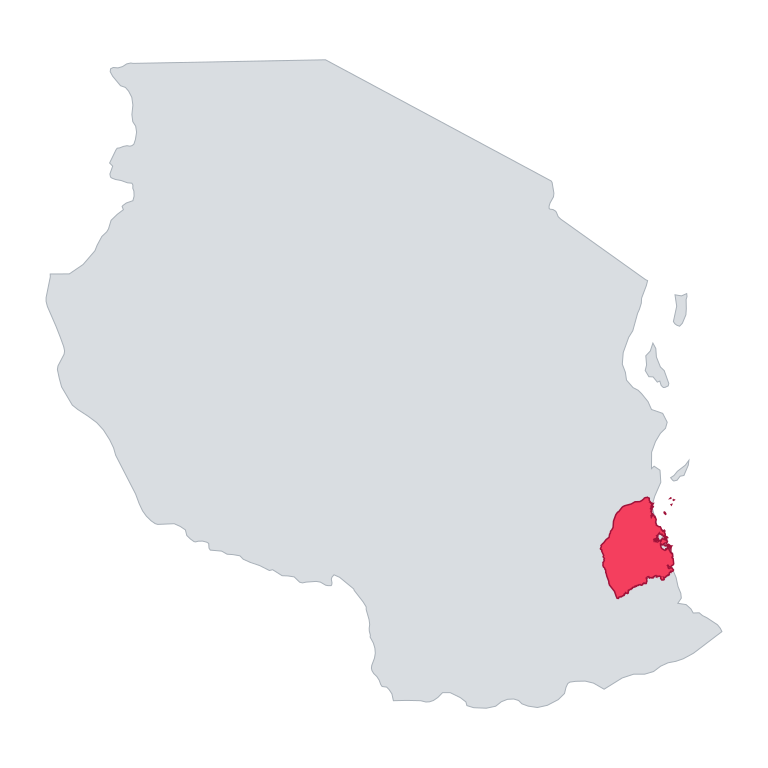 Kilwa, Lindi, United Republic of Tanzania (highlighted)
{"feature_id": "72390352B7880721655308", "entity_name": "Kilwa", "entity_type": "district", "adm_level": 2, "iso_a3": "TZA", "parent_name": "United Republic of Tanzania", "parent_adm1": "Lindi", "projection": "albers", "projection_center": [39.276, -9.089], "detail": "fine", "context": "in_parent", "style": "filled", "palette": "rose", "viewbox_px": 768, "rotation_deg": 0, "n_neighbors": 0, "source": "geoboundaries", "source_scale": "gbopen_adm2", "svg_char_len": 9731}
<svg xmlns="http://www.w3.org/2000/svg" viewBox="0 0 768 768"><path d="M269.4,570.5L259.5,565.5L250.5,562.5L243.2,559.2L239.9,555.8L233.0,554.6L227.1,554.2L221.6,551.1L210.3,550.1L209.0,548.1L208.7,543.4L206.8,542.2L202.6,541.1L198.2,541.2L195.6,541.9L194.0,541.6L190.3,538.9L186.8,535.5L185.4,529.9L180.2,526.4L174.2,523.7L157.7,524.4L155.1,523.6L151.1,520.8L146.4,516.2L142.6,510.9L139.2,503.7L135.6,494.0L115.7,455.3L113.6,447.9L109.7,439.8L103.4,429.9L96.7,422.6L87.8,416.0L77.8,409.5L72.3,405.1L61.6,386.9L59.3,378.4L57.4,369.5L58.0,365.9L64.1,354.2L64.6,350.9L63.7,346.6L60.4,337.5L56.1,326.5L47.4,306.5L46.1,301.4L46.1,297.6L50.3,276.9L50.2,274.0L69.3,273.9L83.1,264.5L94.9,250.8L97.2,245.1L101.9,236.4L106.7,231.9L108.5,228.9L111.1,220.3L117.3,214.3L123.4,209.7L122.1,206.5L123.0,205.4L126.3,203.0L132.9,200.7L134.1,196.2L133.9,191.1L132.8,188.3L132.9,185.0L131.9,183.2L127.5,182.8L121.1,180.5L115.6,179.5L111.9,178.1L110.5,177.0L109.9,174.0L112.7,166.1L109.6,163.0L116.0,149.8L117.2,148.2L119.6,147.9L123.4,146.4L127.0,145.7L129.9,146.2L132.1,145.6L133.9,144.1L135.4,139.6L136.6,132.2L135.7,126.2L132.8,121.7L131.9,114.6L132.9,105.1L131.8,97.3L128.6,91.1L125.4,87.4L120.5,85.7L112.7,76.3L110.2,71.7L110.6,68.8L113.2,67.5L118.0,67.9L122.5,66.6L126.7,63.9L130.8,63.0L133.0,63.4L325.5,59.8L551.2,181.0L552.1,182.5L553.9,193.2L553.5,196.8L550.1,202.9L549.1,206.1L549.1,208.4L550.0,209.2L552.9,209.5L555.4,211.0L556.3,212.1L558.2,216.7L560.7,219.1L645.6,279.7L647.6,280.6L646.3,285.7L641.6,298.1L641.3,303.2L639.4,309.3L637.6,313.3L632.8,330.7L628.7,337.3L623.2,352.6L622.3,364.2L625.4,372.4L626.5,380.1L633.0,387.6L638.2,390.3L641.7,393.8L648.0,401.6L651.5,409.5L662.7,413.4L667.2,422.2L665.5,428.3L660.4,433.3L655.5,441.5L651.6,452.2L651.5,468.6L654.1,466.2L660.0,470.2L660.8,482.3L654.7,496.3L652.8,502.9L652.5,508.6L656.9,525.4L663.6,534.0L663.1,536.7L661.4,538.9L672.8,554.1L671.8,567.3L676.1,577.6L678.0,586.5L680.8,593.3L681.3,598.1L677.8,603.3L686.1,604.6L690.9,608.9L693.2,613.0L699.2,612.8L702.5,615.6L707.1,617.9L717.5,624.8L720.3,628.3L721.9,631.6L693.5,653.2L683.2,658.8L675.9,661.3L668.0,662.8L660.6,666.2L653.6,671.5L644.6,674.2L633.6,674.2L622.1,678.0L604.1,689.2L593.5,683.1L585.2,681.1L575.7,681.3L569.9,682.1L567.8,683.5L566.0,687.3L564.5,693.5L558.3,699.6L547.4,705.3L537.4,707.5L528.1,706.1L521.9,703.8L518.6,700.5L513.8,699.0L507.5,699.3L501.4,701.7L495.7,706.2L486.4,708.2L473.7,707.7L466.9,705.6L465.9,701.9L460.3,697.6L450.1,692.6L442.6,692.6L437.8,697.5L433.4,700.5L429.5,701.8L425.9,702.0L420.7,700.7L406.7,700.4L393.4,700.7L391.9,693.8L389.1,689.6L386.7,687.1L382.1,686.5L380.8,684.6L379.2,680.2L376.9,676.6L373.8,673.6L372.0,670.7L371.4,668.1L371.8,665.3L374.5,658.1L375.3,653.2L374.9,648.2L373.4,643.1L370.1,637.0L370.4,635.2L369.3,631.1L369.2,628.2L369.7,624.5L369.1,619.7L366.2,609.6L366.2,606.9L363.2,602.0L354.2,590.4L353.7,588.9L339.6,577.3L334.0,574.8L332.0,577.1L331.3,579.1L332.0,582.9L331.7,584.8L331.1,585.6L327.8,585.6L325.7,585.2L320.4,582.1L316.2,581.4L306.1,582.1L302.5,582.9L299.7,582.2L294.2,576.9L287.8,575.9L282.1,575.7L272.6,569.7L269.4,570.5ZM664.2,370.6L668.8,383.5L668.2,385.9L665.0,387.4L663.3,387.5L661.2,385.5L659.8,381.1L657.3,382.1L653.1,376.9L648.9,376.7L645.2,370.5L646.6,365.0L645.8,355.8L650.3,351.0L652.9,343.1L655.8,348.5L656.4,357.0L660.4,367.0L664.2,370.6ZM686.7,293.6L687.0,296.6L686.1,299.5L686.3,308.7L685.9,314.8L682.4,323.2L679.6,326.2L677.0,325.3L675.0,323.9L673.4,321.6L676.7,306.2L675.0,294.8L681.5,295.9L686.7,293.6ZM677.1,480.2L673.8,481.0L672.6,480.2L670.6,477.7L674.0,475.5L677.4,471.3L685.3,465.2L688.9,460.3L688.3,465.1L683.9,475.5L680.1,476.2L677.1,480.2Z" fill="#d9dde1" stroke="#a8b0b8" stroke-width="1"/><path d="M649.0,497.6L649.0,498.0L648.8,498.1L647.3,497.2L646.8,497.5L645.4,497.6L644.3,498.1L643.8,498.9L641.7,500.6L639.8,501.6L635.0,501.8L631.2,504.0L624.8,505.7L623.1,506.5L622.0,507.4L618.7,511.7L617.9,512.0L616.9,513.1L615.8,514.8L613.5,521.1L613.1,527.4L611.7,530.0L610.6,531.2L610.3,533.2L609.6,534.1L609.1,537.3L606.1,539.6L603.7,542.8L602.6,543.7L601.0,545.5L601.4,546.5L600.4,548.8L600.6,549.2L601.9,550.1L601.7,551.1L603.7,555.4L603.1,556.8L604.4,558.5L603.9,559.6L604.3,560.5L603.9,561.0L603.7,561.8L603.1,562.2L602.9,562.6L603.1,563.6L602.9,565.3L603.5,567.0L604.4,567.7L604.8,568.4L604.8,569.0L605.5,569.7L605.8,571.9L605.7,572.6L606.2,573.4L606.8,576.1L608.7,581.1L609.0,583.7L609.4,584.2L609.4,584.9L614.5,591.4L616.2,596.3L617.1,598.3L618.5,598.4L618.9,597.2L619.8,596.9L620.6,596.9L621.0,596.5L621.5,596.8L622.7,595.8L623.2,595.8L623.6,595.4L624.1,595.4L624.4,594.8L624.1,594.2L624.4,593.9L625.3,593.6L625.5,592.7L626.1,593.2L626.5,593.1L627.3,593.5L627.5,593.2L628.1,593.2L628.3,592.7L628.0,592.4L628.4,591.7L628.5,591.3L628.2,590.9L628.4,590.2L628.9,590.0L629.4,590.1L630.2,589.3L631.0,589.4L631.3,588.7L632.2,588.5L632.2,588.1L632.5,588.1L632.7,587.4L634.5,587.0L634.9,586.2L635.2,586.1L635.3,586.7L636.1,586.2L636.6,586.3L636.9,585.5L637.9,585.3L638.5,585.4L638.7,584.9L639.1,584.6L640.1,584.9L640.7,584.6L641.1,585.2L641.7,585.2L642.5,584.8L642.8,584.0L643.4,583.7L643.2,583.5L643.9,583.0L644.4,583.1L644.4,583.5L644.8,583.6L646.2,583.5L646.4,583.0L646.3,582.5L646.8,581.7L646.6,581.4L646.9,580.9L646.6,579.3L646.8,578.9L646.5,578.6L646.9,578.3L646.5,577.9L646.9,577.7L647.2,577.0L648.0,576.6L648.8,576.6L648.9,577.6L649.6,578.1L650.1,577.6L651.5,577.8L651.6,577.6L652.4,577.6L652.3,577.9L653.1,577.9L653.3,577.0L653.5,577.0L653.7,576.7L654.1,576.8L654.5,576.1L656.0,575.5L656.4,576.0L656.4,576.8L656.8,576.6L657.0,576.9L657.3,576.2L657.9,576.1L658.8,576.5L659.5,576.1L660.8,576.6L660.6,578.4L661.8,580.0L663.5,579.9L664.1,579.6L664.2,579.2L663.9,578.4L664.1,577.8L663.8,577.3L664.9,577.6L665.9,576.9L666.0,576.3L666.6,576.1L666.9,575.7L667.7,575.7L667.9,575.0L668.8,575.2L669.3,574.4L669.0,574.2L669.3,573.7L669.3,572.9L669.9,572.3L670.8,572.4L670.7,571.9L671.0,571.6L670.9,571.3L671.4,571.3L671.5,571.6L672.8,571.2L673.5,570.0L671.9,567.9L670.3,567.9L669.5,568.5L668.5,568.4L668.1,567.2L668.8,566.8L667.4,565.6L667.7,565.2L668.2,565.3L668.4,565.9L669.2,566.7L670.5,567.1L671.8,565.5L673.0,565.0L673.7,563.9L673.1,558.5L672.3,558.1L672.0,557.2L672.5,557.1L672.8,556.6L672.4,553.4L671.6,553.5L671.1,552.4L670.8,552.0L670.5,552.3L670.3,552.0L670.2,552.3L670.3,551.7L669.2,549.9L669.0,548.9L668.1,548.2L667.3,547.8L666.8,548.8L665.8,548.8L665.8,549.3L666.3,549.6L665.0,550.4L662.0,548.7L661.1,547.4L660.6,545.5L660.5,543.9L661.4,544.1L661.5,544.6L662.1,545.0L662.7,544.5L664.0,544.4L663.8,543.8L664.8,543.1L666.0,542.9L666.5,543.3L666.7,543.1L667.5,541.5L667.4,541.0L666.3,540.6L666.8,539.3L666.6,539.0L666.0,538.7L665.5,539.5L664.8,539.7L663.1,538.9L662.7,538.5L662.3,538.5L662.2,539.0L661.3,539.8L661.4,540.2L660.9,540.4L661.1,541.1L660.7,541.6L660.6,540.3L660.3,540.4L660.0,540.2L659.3,540.4L658.7,541.5L658.0,541.0L658.5,540.0L657.8,539.7L658.4,538.9L658.3,538.3L657.9,538.4L658.0,538.8L657.9,539.0L657.4,538.6L657.1,539.0L656.8,539.0L656.9,539.5L656.4,539.7L656.7,540.4L656.4,540.5L656.7,540.7L656.4,540.8L656.2,541.4L656.4,541.7L655.9,541.5L655.9,541.3L655.7,541.4L655.8,541.0L655.3,541.2L655.2,540.9L654.9,540.8L655.4,540.6L655.3,540.4L654.9,540.6L655.3,539.9L654.9,539.7L655.2,539.7L655.4,539.2L655.1,539.2L655.3,539.3L654.4,539.9L654.3,539.6L653.9,539.5L654.2,539.0L654.8,539.0L656.8,538.1L656.8,537.0L657.3,537.0L657.9,536.1L657.1,535.5L657.9,535.3L658.0,534.6L658.8,533.6L658.7,534.5L658.9,534.1L659.7,533.5L659.8,533.9L660.3,534.2L661.8,534.2L661.8,535.0L662.7,535.0L663.4,536.4L663.8,536.1L663.7,536.5L664.1,536.5L664.4,537.5L664.8,537.8L664.5,538.3L665.0,538.8L665.4,537.8L666.0,538.0L667.6,537.6L667.2,537.0L665.7,536.4L665.2,535.8L665.0,535.2L665.3,535.1L665.2,533.9L664.5,532.9L664.3,532.0L664.4,531.8L664.6,532.1L664.8,531.2L664.2,531.3L664.1,530.3L662.7,531.2L662.0,529.8L661.4,529.8L661.3,529.6L661.1,528.3L660.3,526.8L658.7,526.6L656.3,525.1L656.4,524.2L655.9,523.5L655.6,522.1L656.2,519.6L655.2,517.0L654.9,517.5L654.7,517.4L654.0,515.6L653.2,515.1L652.9,515.3L653.1,514.9L652.9,514.9L652.8,514.4L651.9,515.8L652.3,516.6L651.9,516.3L651.6,516.8L651.6,516.6L651.3,516.7L651.4,516.0L651.1,515.9L651.0,515.5L651.5,515.2L652.1,513.9L652.1,513.5L651.6,513.2L651.4,512.7L651.8,511.0L651.6,510.5L651.4,510.6L651.5,510.4L651.3,510.3L651.2,509.3L650.9,508.9L651.2,508.9L651.3,508.7L651.6,508.9L651.5,509.2L652.0,509.2L651.9,508.1L652.8,507.5L653.1,506.8L652.3,506.9L652.7,507.1L652.5,507.5L652.5,507.1L652.1,507.0L651.5,508.1L651.3,507.6L651.0,507.8L651.4,506.3L651.7,506.3L651.8,506.8L652.4,506.6L652.7,506.8L652.9,506.6L652.9,506.3L652.4,505.9L652.5,506.5L652.2,506.6L651.9,505.8L651.7,505.7L651.5,506.1L651.3,505.7L651.7,505.3L652.4,505.6L652.5,504.9L653.3,503.5L652.4,503.6L652.5,503.9L652.3,504.3L652.6,504.3L652.0,505.3L651.8,505.2L651.7,504.0L650.8,503.0L650.9,502.9L650.6,502.9L650.1,502.3L650.3,502.2L650.7,502.7L650.5,502.1L650.0,502.0L650.2,501.8L650.1,501.5L649.4,500.7L649.2,500.0L649.3,498.5L649.0,497.6ZM668.3,544.5L667.4,544.2L667.5,544.3L667.2,544.7L668.0,545.6L667.3,545.8L667.6,546.7L668.2,546.8L668.3,546.3L668.9,545.2L669.3,545.1L669.8,545.7L670.2,546.8L669.2,545.8L669.2,546.5L668.8,546.5L669.4,546.9L669.1,547.0L670.2,547.7L670.3,548.6L670.7,549.0L670.9,549.4L671.0,547.3L671.2,547.2L671.4,546.3L671.7,546.0L670.5,545.9L668.6,544.3L668.3,544.5ZM665.6,514.3L665.8,514.1L665.7,513.5L664.8,512.2L664.3,512.0L664.1,512.2L664.4,513.3L665.6,514.3ZM666.1,545.5L665.8,545.1L665.5,545.1L665.2,545.4L665.5,545.7L665.2,545.8L665.8,546.0L666.1,545.5ZM670.2,498.4L670.8,498.3L670.9,498.0L670.7,497.9L670.2,498.4ZM673.6,500.3L674.2,499.9L673.8,499.7L673.7,500.0L673.4,500.1L673.6,500.3ZM671.4,504.9L671.6,504.5L671.2,504.6L671.4,504.9Z" fill="#f43f5e" stroke="#9f1239" stroke-width="1.5"/></svg>